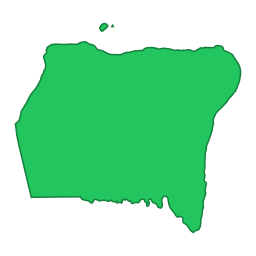 Soure, Pará, Brazil
{"feature_id": "56859067B4470404603658", "entity_name": "Soure", "entity_type": "district", "adm_level": 2, "iso_a3": "BRA", "parent_name": "Brazil", "parent_adm1": "Pará", "projection": "mercator", "projection_center": [-48.627, -0.457], "detail": "fine", "context": "isolated", "style": "filled", "palette": "green", "viewbox_px": 256, "rotation_deg": 0, "n_neighbors": 0, "source": "geoboundaries", "source_scale": "gbopen_adm2", "svg_char_len": 4864}
<svg xmlns="http://www.w3.org/2000/svg" viewBox="0 0 256 256"><path d="M31.3,197.3L45.5,197.1L80.4,196.8L81.2,198.0L82.0,199.2L83.7,199.8L85.0,200.1L86.3,200.5L87.8,200.7L89.1,201.2L91.0,203.0L92.3,202.8L93.4,201.4L93.6,200.1L94.5,199.4L95.5,199.5L97.0,199.8L98.0,200.2L99.0,200.8L100.1,200.9L101.3,200.4L102.4,200.2L103.7,200.4L104.8,200.4L106.4,200.5L107.4,201.1L108.8,201.3L109.8,200.8L110.3,199.8L111.2,200.6L112.1,201.2L113.6,201.7L115.0,202.0L116.0,201.5L117.1,201.4L117.1,203.0L118.4,202.6L119.6,202.3L120.7,202.2L121.4,203.1L122.2,202.2L122.3,200.9L122.3,199.5L123.7,199.8L125.6,200.0L126.2,199.1L127.2,199.5L128.2,200.7L129.4,201.3L130.5,200.8L131.0,201.8L131.4,203.1L132.7,203.6L133.8,203.0L135.3,202.6L136.7,202.6L138.0,202.8L138.9,202.1L141.1,199.4L142.4,199.2L143.7,199.4L144.6,199.9L144.6,201.3L145.6,202.3L146.9,203.0L146.7,204.7L146.8,205.9L148.0,206.0L148.8,205.1L149.3,203.9L149.3,202.4L148.6,201.5L148.6,199.9L150.0,198.9L151.1,199.6L152.4,202.0L153.4,202.7L155.1,203.3L156.2,204.1L157.2,205.0L157.5,206.1L158.1,207.2L159.6,207.8L160.8,208.1L162.0,206.9L162.3,205.6L162.3,204.5L162.1,203.0L161.7,201.1L161.8,200.1L162.3,198.4L163.1,197.2L164.3,196.0L166.1,196.5L167.2,197.0L168.0,198.8L168.3,201.0L168.8,203.9L170.1,207.7L172.2,210.5L173.9,212.4L175.6,215.2L176.8,216.7L178.4,217.0L179.9,216.6L181.8,216.8L182.6,217.5L183.0,218.7L182.9,220.3L183.2,222.5L184.2,223.3L185.9,224.3L187.0,225.2L188.0,226.7L189.6,229.3L191.5,231.3L193.3,232.5L195.3,230.6L196.7,230.4L198.2,230.0L199.0,229.2L199.5,228.1L200.2,226.7L200.5,225.1L200.7,223.9L200.8,222.7L200.8,221.5L200.8,219.8L201.3,217.5L201.8,216.2L201.9,214.7L202.3,212.8L202.3,211.2L202.5,210.1L203.2,208.3L203.5,206.8L203.4,205.7L203.1,204.3L203.1,202.8L203.3,201.7L203.3,200.6L203.7,199.6L204.2,197.9L204.8,196.4L205.5,194.8L205.7,193.3L205.5,192.1L205.0,190.8L205.2,189.1L205.7,186.9L206.1,185.1L206.4,183.7L206.1,182.7L205.1,181.7L204.0,180.9L204.0,179.5L204.5,178.2L204.7,177.0L204.9,175.7L204.8,174.5L204.4,173.2L204.0,171.9L204.5,169.9L204.8,168.3L204.9,166.6L205.0,164.9L204.9,163.3L204.7,161.8L204.8,160.5L205.0,159.2L205.1,157.4L205.2,155.2L205.4,152.4L205.8,151.0L206.2,149.4L206.4,148.0L206.4,146.2L206.8,145.1L207.4,143.6L208.0,142.3L208.6,140.9L209.0,139.6L209.4,138.5L209.9,137.1L210.3,136.1L210.7,134.9L211.4,132.6L211.9,131.1L212.3,129.4L212.3,127.9L212.9,125.7L213.4,124.2L213.4,122.9L213.2,121.3L213.3,119.8L213.9,117.6L215.0,115.3L215.8,113.6L216.9,112.0L218.8,110.0L221.3,107.8L223.0,106.0L225.3,103.5L226.7,102.0L228.9,98.6L230.1,97.3L231.5,95.9L232.5,94.7L233.2,93.8L233.9,92.6L235.0,91.6L235.8,90.8L236.2,89.3L236.9,88.0L237.4,86.6L237.9,85.1L238.4,83.7L239.0,82.4L239.4,81.1L239.7,79.5L239.9,78.2L240.2,76.6L240.4,75.4L240.5,74.1L240.6,73.1L240.6,71.9L240.4,70.5L240.2,68.9L239.7,67.1L239.2,65.7L238.8,64.7L238.1,63.3L237.2,62.1L236.4,60.9L235.6,59.5L234.8,58.4L234.2,57.6L233.5,56.6L232.9,55.2L231.4,54.0L230.0,53.2L228.5,52.3L227.0,51.8L226.0,51.3L224.8,50.9L223.5,49.9L223.3,48.8L222.9,47.4L221.7,46.2L220.1,46.1L218.5,45.6L217.2,45.5L216.1,45.8L214.9,46.6L214.1,47.5L212.4,47.7L210.9,47.7L209.8,47.5L208.8,47.7L207.2,47.7L206.1,47.3L204.6,47.5L203.0,48.0L202.0,48.0L200.9,47.8L199.6,48.4L198.8,49.0L197.7,49.5L196.2,50.3L194.4,51.5L193.0,51.1L192.1,50.7L190.4,50.0L188.1,49.7L186.5,50.2L185.4,50.3L184.1,50.2L182.4,50.3L180.6,50.7L179.0,50.1L176.8,50.0L175.3,50.5L174.2,50.2L172.9,49.9L171.7,49.5L170.2,49.1L168.5,48.8L166.1,48.5L164.0,48.3L162.1,48.4L159.9,49.0L158.2,49.0L156.8,48.4L154.8,47.9L152.9,47.7L151.5,47.6L149.9,47.6L148.0,47.7L146.8,47.9L145.6,48.2L144.7,48.6L143.4,49.7L141.9,50.7L140.8,50.6L139.6,50.5L138.2,50.7L137.0,50.9L135.7,50.8L134.6,51.0L133.0,51.5L131.0,51.8L129.9,52.0L128.7,52.5L126.8,52.4L125.5,52.7L123.8,53.3L122.0,54.1L120.8,54.7L119.3,54.8L117.7,54.6L115.6,54.6L112.2,54.6L110.5,54.4L109.1,54.2L105.8,52.5L103.6,51.3L102.0,50.5L99.8,50.2L97.9,49.8L96.8,48.8L95.3,46.8L94.3,45.8L93.2,45.1L90.8,44.3L89.5,44.2L88.2,43.5L87.0,42.6L85.6,41.8L83.5,42.0L81.8,42.2L80.1,42.6L79.1,43.3L77.1,44.3L73.8,44.3L72.7,44.2L68.6,44.1L65.9,44.5L56.7,44.2L53.5,44.3L52.4,44.4L51.3,44.8L50.0,45.5L48.9,46.4L47.4,47.1L46.2,50.5L46.4,51.5L46.8,52.5L46.1,53.4L44.2,55.2L43.7,56.6L43.8,57.9L44.2,59.4L44.7,60.6L45.8,65.1L45.2,69.0L44.6,70.0L43.8,70.8L43.8,71.8L43.5,73.3L42.6,74.1L41.8,75.7L40.8,78.5L40.7,79.5L38.2,84.6L36.9,86.7L34.6,89.9L32.4,92.5L31.5,93.5L29.3,97.1L27.0,101.9L25.5,104.5L24.6,105.7L24.2,106.6L23.1,108.4L22.5,109.3L21.7,110.5L21.1,111.7L20.8,114.1L20.4,115.8L20.0,116.9L19.4,119.6L18.9,120.7L17.8,121.9L15.4,123.8L16.9,135.4L18.5,143.5L27.0,179.3L31.3,197.3ZM102.9,30.9L103.9,29.7L104.9,29.2L105.9,28.5L106.6,27.5L107.4,26.7L107.7,25.4L106.1,24.0L104.4,23.5L102.6,24.1L101.3,25.2L100.4,26.6L99.7,28.4L100.5,29.7L101.3,31.0L102.9,30.9ZM113.3,26.5L112.7,25.3L111.9,26.5L113.3,26.5Z" fill="#22c55e" stroke="#15803d" stroke-width="1.5"/></svg>